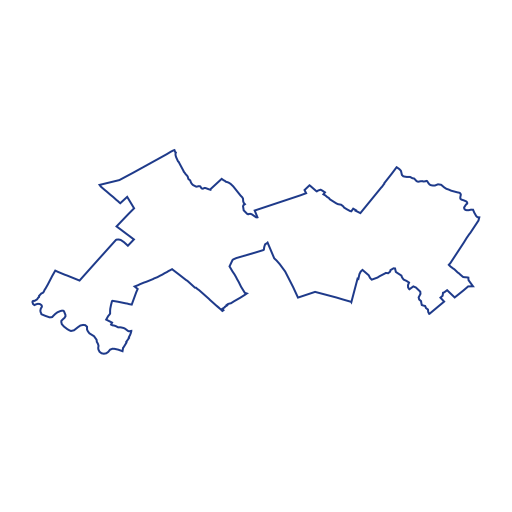 the district of Ulmi, Dâmbovita, Romania, rotated 182°
{"feature_id": "2599482B32143237238220", "entity_name": "Ulmi", "entity_type": "district", "adm_level": 2, "iso_a3": "ROU", "parent_name": "Romania", "parent_adm1": "Dâmbovita", "projection": "robinson", "projection_center": [25.49, 44.891], "detail": "fine", "context": "isolated", "style": "outline", "palette": "blue", "viewbox_px": 512, "rotation_deg": 182, "n_neighbors": 0, "source": "geoboundaries", "source_scale": "gbopen_adm2", "svg_char_len": 6029}
<svg xmlns="http://www.w3.org/2000/svg" viewBox="0 0 512 512"><g transform="rotate(182 256 256)"><path d="M395.2,327.1L414.8,321.6L413.8,320.3L413.2,319.7L409.2,316.5L407.6,315.3L403.9,312.3L400.7,309.9L397.3,307.0L396.0,306.1L394.9,305.1L393.5,304.0L386.8,310.6L379.5,299.4L384.8,293.7L396.4,280.7L378.6,268.3L384.4,261.8L388.4,265.2L391.4,267.1L392.1,267.4L394.1,267.7L395.9,267.5L396.5,267.2L416.2,243.7L431.5,225.3L444.1,229.9L446.4,230.6L453.3,233.2L456.1,234.4L459.3,228.3L459.4,228.0L463.1,220.2L465.4,215.8L465.9,215.2L466.9,212.8L467.8,211.7L469.2,211.1L471.2,208.8L471.4,208.6L471.3,207.8L471.5,207.3L472.1,206.9L473.3,205.0L475.8,203.4L476.8,203.4L477.2,203.3L477.7,202.8L477.8,202.1L477.1,200.2L475.7,199.2L474.4,199.9L472.8,200.5L471.8,200.6L470.6,200.5L470.0,200.3L468.7,199.4L468.2,198.4L468.4,197.3L469.2,196.1L469.6,194.0L469.4,192.7L468.8,191.4L468.4,190.3L464.4,188.8L460.2,187.5L458.7,187.6L457.5,187.9L456.6,189.0L454.6,191.1L452.5,192.8L449.7,194.1L448.1,194.6L446.8,194.6L446.0,194.1L444.4,190.5L444.3,189.1L445.3,187.4L446.7,186.1L448.2,184.5L448.3,183.3L447.7,181.1L445.5,178.8L442.0,176.3L439.9,175.2L438.3,174.6L435.3,175.4L431.5,178.6L429.1,180.4L426.3,181.1L424.2,180.9L422.4,179.4L422.3,176.6L421.4,174.9L419.8,172.9L415.1,170.2L412.4,166.7L412.1,164.7L411.0,162.9L410.3,161.0L410.3,160.2L410.5,158.6L410.2,157.0L409.0,154.8L407.0,153.4L404.7,153.0L402.3,153.5L400.3,155.0L398.6,157.3L396.2,158.3L394.3,158.3L390.5,157.6L386.1,156.2L385.6,159.7L385.3,159.9L382.4,165.0L382.4,165.3L382.7,165.6L380.0,169.7L380.3,170.1L379.9,171.1L379.2,172.4L378.5,174.4L378.0,176.5L378.0,176.8L380.3,176.3L380.9,176.5L381.4,176.7L384.2,178.7L385.7,179.4L388.8,180.0L389.6,180.0L390.6,179.9L391.3,179.9L393.6,181.0L394.5,181.3L395.7,181.6L396.9,181.7L397.6,182.0L398.4,182.3L398.5,182.4L397.5,184.4L403.5,187.2L401.7,190.7L400.3,192.5L399.8,193.3L399.9,196.3L399.8,198.2L399.2,202.0L398.4,205.6L398.3,205.9L397.9,206.2L392.5,205.5L384.3,204.1L383.1,204.0L381.3,203.5L378.5,203.1L374.4,215.7L373.1,218.9L376.2,221.3L372.9,222.7L370.9,223.8L366.9,225.6L365.2,226.2L364.0,226.7L358.0,229.4L357.1,230.0L353.8,231.4L350.8,233.2L349.7,233.7L347.6,235.0L347.0,235.5L345.8,236.1L344.0,237.1L343.0,237.9L341.6,238.6L339.4,239.9L338.9,239.5L332.7,235.1L325.0,229.5L323.7,228.8L315.9,222.2L314.8,222.2L313.6,221.1L311.7,219.9L301.5,211.5L300.6,210.6L293.4,204.6L292.8,204.1L292.7,204.2L291.7,203.4L291.8,203.3L289.2,201.3L287.7,199.9L286.6,200.7L287.6,202.2L285.5,203.6L285.4,204.1L283.2,205.6L283.6,206.0L282.5,206.9L281.3,207.4L279.4,207.9L276.2,210.1L270.2,213.8L265.8,216.8L263.9,218.2L265.9,218.8L269.9,224.8L272.3,229.3L274.4,232.7L274.9,233.7L275.5,234.7L276.8,236.8L279.0,239.8L282.1,244.7L279.3,251.2L278.6,251.8L275.5,253.3L256.9,259.4L248.8,262.2L248.6,262.3L248.3,262.9L248.2,264.4L248.0,265.6L247.6,267.0L247.3,267.9L247.2,268.1L245.6,269.1L244.9,269.8L237.7,254.3L235.3,252.2L232.0,248.7L226.3,241.5L217.8,226.2L212.6,215.9L195.7,222.2L174.1,217.3L167.7,215.6L159.3,213.5L159.1,213.2L153.7,237.0L153.3,236.9L152.9,236.7L152.0,241.5L150.8,244.1L149.1,245.8L142.7,240.7L141.2,238.0L139.5,236.4L133.8,238.7L131.8,240.1L126.6,243.0L125.7,243.6L123.3,243.4L121.4,245.1L121.1,246.6L118.1,248.5L116.6,248.4L115.7,245.0L114.5,244.2L110.0,241.5L109.4,239.9L108.4,238.5L107.5,237.5L104.8,236.4L102.1,234.8L103.1,232.2L102.9,229.9L102.0,228.5L101.5,228.1L97.7,231.1L95.1,230.1L90.6,226.1L90.3,223.9L92.0,220.3L91.4,218.2L89.5,216.7L89.1,214.7L88.6,212.8L87.0,212.3L86.9,212.3L85.2,211.9L84.3,209.9L82.3,208.5L81.9,206.0L80.9,204.2L80.7,204.2L66.4,217.0L70.2,220.8L68.1,222.8L67.8,225.8L66.7,226.2L63.8,228.5L56.0,221.5L47.6,228.7L42.9,233.0L38.1,233.3L42.7,239.2L42.9,240.4L43.0,241.8L43.6,241.9L44.4,242.0L47.3,242.1L48.4,242.3L51.5,244.8L52.6,245.8L53.8,246.5L57.0,249.4L58.0,250.1L59.1,250.7L59.8,251.3L61.2,252.2L63.0,253.9L61.5,255.7L48.7,276.8L46.1,281.4L43.6,285.3L42.8,286.3L34.9,299.2L34.2,302.4L36.0,302.5L37.3,303.6L39.4,307.0L40.7,309.8L42.8,309.8L45.0,309.2L46.9,309.1L48.4,309.4L49.5,310.5L49.7,311.8L48.5,313.8L47.8,314.9L46.8,315.7L46.7,316.3L47.2,317.4L47.8,317.9L50.4,318.9L52.6,319.5L53.5,320.1L53.9,321.0L53.8,322.5L53.5,324.0L53.5,324.8L53.9,325.4L54.5,326.1L55.4,326.4L56.8,326.6L63.3,328.1L65.7,329.1L68.1,329.8L70.4,331.2L73.4,333.6L74.8,333.8L76.6,334.0L79.6,332.7L81.7,332.6L83.2,332.8L84.1,333.0L85.1,333.6L86.1,334.7L87.6,336.8L88.1,337.0L89.2,336.7L89.5,336.5L91.5,336.3L92.2,336.6L94.5,336.4L95.9,336.0L96.4,335.9L97.0,336.0L98.1,336.4L100.3,338.6L100.8,339.0L102.0,339.1L103.1,339.5L104.3,340.2L104.9,340.4L108.3,340.3L110.6,340.6L111.6,340.8L113.0,342.1L114.0,345.8L114.3,346.4L115.4,347.5L116.4,348.3L118.6,349.6L123.2,343.0L130.3,333.3L130.3,332.7L130.6,332.4L132.6,329.4L133.0,329.1L153.2,302.5L158.0,304.7L157.7,305.2L160.5,306.7L162.3,304.0L163.5,304.2L166.7,305.8L169.7,307.5L170.5,308.6L172.7,310.2L176.0,310.7L177.6,311.4L184.1,315.2L185.2,316.5L187.0,317.5L188.7,318.9L190.8,320.0L189.3,322.0L192.1,323.7L193.7,324.5L195.7,323.8L196.7,323.3L197.5,322.7L198.2,323.1L204.1,327.9L205.0,328.5L209.8,323.6L208.1,320.5L213.7,318.2L258.9,301.4L255.9,294.7L256.2,294.6L257.3,294.7L261.6,297.5L262.9,297.9L264.6,297.8L265.3,297.4L266.3,297.8L269.9,301.2L270.7,305.3L270.3,306.4L268.9,307.4L270.1,308.6L270.7,310.2L271.0,312.9L271.8,314.2L273.5,315.8L281.2,324.8L283.9,327.2L285.8,328.3L286.8,328.7L288.8,329.2L289.2,329.5L289.7,330.0L291.1,330.6L293.0,331.9L303.4,321.6L303.7,321.1L303.8,320.6L306.0,321.2L308.3,322.0L309.2,322.2L309.9,322.2L311.2,321.5L312.1,321.4L312.6,321.7L313.1,322.1L314.1,323.6L314.4,323.7L315.6,323.8L317.9,323.2L318.4,323.3L321.4,324.7L322.2,325.4L323.0,326.3L323.6,327.3L324.4,329.2L324.7,329.5L325.9,330.3L326.3,330.7L326.5,331.3L327.0,332.9L327.4,333.5L328.3,334.5L329.0,335.1L330.1,336.6L331.2,337.8L331.2,338.1L335.8,346.0L336.5,347.3L337.2,347.8L338.1,349.6L339.2,351.8L339.8,353.5L340.0,354.6L340.0,355.6L339.7,356.6L340.4,357.1L341.2,359.0L342.3,358.6L344.7,357.3L348.8,354.6L381.9,334.8L395.2,327.1Z" fill="none" stroke="#1e3a8a" stroke-width="2"/></g></svg>